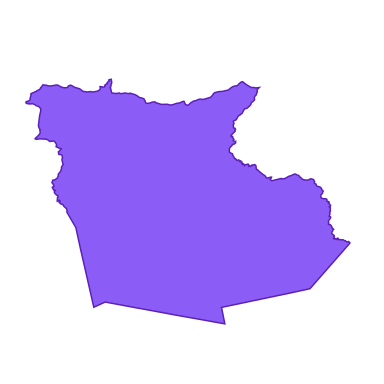 Machinga, Machinga, Malawi, rotated 78°
{"feature_id": "42251766B63150381936487", "entity_name": "Machinga", "entity_type": "district", "adm_level": 2, "iso_a3": "MWI", "parent_name": "Malawi", "parent_adm1": "Machinga", "projection": "robinson", "projection_center": [35.39, -14.905], "detail": "fine", "context": "isolated", "style": "filled", "palette": "violet", "viewbox_px": 384, "rotation_deg": 78, "n_neighbors": 0, "source": "geoboundaries", "source_scale": "gbopen_adm2", "svg_char_len": 5908}
<svg xmlns="http://www.w3.org/2000/svg" viewBox="0 0 384 384"><g transform="rotate(78 192 192)"><path d="M56.2,315.6L58.0,317.5L58.6,318.5L59.2,318.7L60.1,320.0L60.8,323.0L61.4,323.9L61.4,325.1L61.8,326.2L62.0,327.8L62.5,329.2L62.7,329.4L63.3,329.2L63.9,329.3L66.5,330.8L68.2,331.3L68.6,331.9L69.1,333.4L69.1,335.0L69.3,335.4L69.5,335.7L70.2,335.9L70.6,335.6L70.9,335.0L71.2,335.0L71.5,333.9L71.8,333.7L71.9,332.6L72.3,332.0L72.4,329.7L72.6,329.4L74.2,327.2L75.1,326.6L75.3,326.1L76.4,324.4L77.8,323.3L79.3,322.7L81.5,323.2L85.5,325.1L94.3,328.2L96.2,328.5L98.8,327.9L99.4,327.6L99.5,327.9L102.7,328.2L103.6,329.0L105.4,331.4L106.7,333.8L107.4,334.4L108.1,333.4L108.4,329.7L110.1,323.5L110.8,322.4L112.6,321.0L113.1,320.3L113.3,317.2L113.5,316.4L114.1,315.9L116.7,314.8L118.3,314.7L118.6,314.7L118.9,315.4L119.5,315.5L121.7,312.6L122.3,311.2L122.7,310.8L125.0,314.4L125.5,314.4L127.6,314.4L128.3,312.2L128.8,311.7L129.4,311.4L130.1,311.6L131.4,311.5L132.6,312.3L133.9,312.5L137.6,312.4L138.2,312.2L139.3,313.4L140.8,314.6L142.5,315.0L144.6,316.4L146.7,319.1L148.5,319.5L149.3,320.2L150.2,320.7L150.8,321.6L151.0,322.5L151.7,323.7L151.5,324.7L151.5,325.8L152.5,326.2L153.3,326.9L153.7,327.0L154.0,327.0L155.2,326.2L155.9,326.2L157.2,325.6L157.9,325.9L158.2,327.4L158.4,327.7L158.7,327.8L159.9,327.2L160.6,327.2L161.5,326.7L161.7,325.6L162.0,325.3L162.3,325.5L162.3,326.3L163.8,326.7L164.8,326.4L166.0,325.6L166.8,325.3L167.3,324.3L167.9,323.8L168.6,323.9L169.6,324.9L170.7,325.0L172.2,325.6L173.0,325.7L172.5,324.2L172.6,323.3L173.2,322.9L173.6,323.0L174.0,324.1L174.4,324.2L174.9,323.5L175.9,323.4L177.6,320.8L179.0,320.5L182.2,318.3L183.9,318.0L185.6,318.6L202.7,313.0L224.4,312.9L284.3,312.0L281.6,299.9L309.6,232.1L327.8,187.3L311.1,187.1L311.0,185.3L311.2,111.0L311.1,96.7L275.1,48.5L274.5,48.1L273.0,49.1L273.1,51.0L271.9,51.9L271.6,52.1L271.4,52.9L270.3,53.9L270.0,54.6L269.8,56.2L269.2,57.3L269.2,58.4L268.7,58.9L268.1,58.6L267.7,58.7L267.4,59.4L267.5,59.8L268.4,60.2L268.5,60.6L268.3,61.0L267.4,61.5L267.3,61.9L267.5,62.2L267.0,62.8L267.1,63.2L266.8,63.3L265.8,62.2L265.2,62.4L264.8,62.3L264.7,62.0L264.3,62.0L263.3,62.5L262.6,63.4L261.5,63.9L259.9,63.3L259.3,62.4L258.3,62.0L257.9,61.3L257.5,61.8L257.2,61.7L256.3,62.3L254.9,62.5L252.8,63.4L252.6,63.6L252.0,65.2L251.7,65.2L250.3,64.6L249.0,64.7L245.8,61.6L245.1,61.7L244.3,62.9L242.2,61.6L240.7,61.6L239.6,60.6L237.1,60.3L236.5,59.9L235.8,60.1L235.1,60.9L234.8,60.7L234.6,59.6L234.0,59.2L233.1,59.7L232.4,59.8L231.8,60.7L231.5,60.8L230.8,60.7L230.5,60.0L229.9,60.1L229.4,61.6L229.2,61.9L227.3,61.6L227.0,61.8L226.3,62.7L226.1,64.3L224.9,66.7L223.1,67.0L222.4,66.8L221.5,66.2L220.2,64.4L219.1,64.2L218.4,63.4L217.8,64.0L216.6,64.6L215.9,64.5L214.3,65.2L213.5,66.0L212.9,67.5L212.2,68.5L211.6,68.9L209.9,69.1L209.4,70.1L208.3,70.4L207.4,69.9L207.1,69.9L206.2,70.4L205.2,70.4L204.0,72.4L203.8,73.1L204.0,74.6L204.5,75.2L204.5,75.6L204.0,78.1L204.0,78.5L202.6,81.3L201.3,82.0L200.5,82.8L197.9,84.3L197.2,85.7L196.2,86.8L195.7,87.8L196.6,91.8L196.8,94.4L197.7,96.8L198.2,99.1L197.8,101.5L197.3,101.9L197.3,102.2L197.6,111.5L196.8,112.3L195.9,112.8L194.3,111.2L194.0,111.1L193.8,112.2L194.1,114.9L193.7,116.3L192.3,116.7L191.3,117.2L189.4,119.1L185.8,122.0L183.7,123.4L183.4,124.2L182.4,124.3L179.6,124.0L178.7,124.5L178.2,125.0L178.4,125.8L178.1,126.5L178.2,127.2L178.7,127.7L178.2,128.3L178.4,128.6L179.2,129.3L178.5,130.1L178.4,130.4L178.7,131.1L178.3,131.3L177.3,130.8L176.4,131.3L176.5,134.8L177.0,135.3L175.2,135.6L174.7,136.6L175.3,137.0L174.9,137.2L173.9,137.2L173.3,136.9L173.2,137.7L172.9,137.9L171.9,137.7L171.6,138.0L171.9,139.1L170.3,139.6L170.5,141.5L168.5,142.4L168.2,143.4L165.8,143.9L164.2,144.6L163.2,144.4L162.9,144.6L162.2,145.7L160.6,147.2L157.4,146.4L156.2,145.3L155.0,143.3L153.7,142.6L154.0,141.6L153.9,140.8L153.3,139.4L152.8,139.0L152.1,139.3L151.5,138.8L151.1,140.3L150.7,140.9L149.7,140.7L149.3,140.1L147.3,140.8L146.3,140.7L146.0,141.0L146.0,142.1L145.4,142.2L144.7,142.0L141.6,137.3L141.4,137.1L140.4,137.1L140.0,136.4L138.6,136.7L138.1,137.9L137.1,137.9L135.3,137.8L133.6,136.6L132.5,136.9L131.4,136.8L131.1,136.6L130.8,134.7L130.4,133.6L127.3,131.0L126.6,128.9L125.4,126.6L121.9,123.6L121.6,122.8L121.6,121.1L120.9,119.6L119.2,116.8L118.3,116.1L116.9,115.4L116.5,114.2L115.1,111.9L114.5,111.5L113.1,111.5L112.4,111.3L111.2,110.3L110.4,109.0L108.5,108.0L108.0,107.5L107.3,107.2L106.1,107.3L105.5,107.0L103.8,104.5L103.5,108.0L102.5,110.2L102.3,111.5L101.9,112.6L98.0,116.8L94.9,119.3L94.5,120.0L94.9,121.6L96.2,124.0L97.2,125.1L97.4,125.9L97.2,128.1L97.5,130.5L98.5,132.9L99.5,134.6L99.8,135.8L99.9,141.2L99.4,144.7L99.5,148.7L100.2,150.5L102.3,152.6L103.2,154.2L103.8,161.2L103.7,162.3L102.9,164.4L102.7,165.7L103.4,169.3L103.4,171.6L104.3,174.3L106.1,177.4L106.2,178.6L104.8,180.3L102.6,180.7L101.6,181.0L101.6,182.6L102.3,185.8L102.1,188.6L102.6,192.8L102.5,194.8L101.9,196.3L101.1,197.7L99.9,203.8L97.0,209.0L96.2,209.4L96.1,209.8L95.8,212.2L96.2,214.5L96.1,216.1L95.9,217.6L95.3,218.6L94.7,218.9L93.0,218.9L92.0,219.4L91.0,219.6L90.7,219.8L89.5,221.8L88.5,223.9L86.3,225.8L84.7,227.8L84.2,228.9L83.0,230.9L82.4,232.4L82.5,232.7L82.7,232.8L82.7,233.2L81.2,237.2L81.1,240.7L80.9,241.4L80.0,242.6L80.0,244.9L79.4,247.3L78.5,249.7L78.2,250.0L74.1,250.0L73.0,250.4L72.7,250.3L72.3,249.6L69.6,248.6L68.6,247.8L65.0,247.5L64.9,249.8L65.5,250.1L66.2,250.1L66.3,250.8L67.1,251.6L67.5,252.2L67.7,252.5L68.5,252.4L68.7,252.8L68.6,253.5L69.2,254.4L69.4,255.1L70.1,255.0L71.2,256.3L69.7,260.0L69.9,260.2L70.9,260.0L72.0,260.3L73.1,261.5L73.7,263.6L73.6,266.4L73.8,267.0L73.2,269.4L72.7,269.9L72.4,273.8L70.8,277.7L70.6,278.1L68.5,279.6L67.5,280.7L65.7,284.2L64.3,286.1L62.9,287.5L62.3,288.5L62.3,290.1L62.7,291.0L63.6,291.8L63.9,292.6L63.6,294.6L63.3,295.8L62.4,297.6L60.6,299.9L59.8,300.7L59.4,301.4L59.1,302.8L59.0,306.3L58.8,308.9L58.0,311.1L57.2,312.4L56.2,315.6Z" fill="#8b5cf6" stroke="#5b21b6" stroke-width="1.5"/></g></svg>